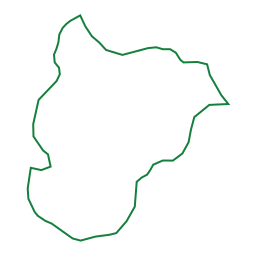 an SVG outline of Bilecik
{"feature_id": "TUR-2263", "entity_name": "Bilecik", "entity_type": "Province", "adm_level": 1, "iso_a3": "TUR", "parent_name": "Turkey", "parent_adm1": "", "projection": "orthographic", "projection_center": [30.109, 40.071], "detail": "fine", "context": "isolated", "style": "outline", "palette": "green", "viewbox_px": 256, "rotation_deg": 0, "n_neighbors": 0, "source": "natural_earth", "source_scale": "10m", "svg_char_len": 821}
<svg xmlns="http://www.w3.org/2000/svg" viewBox="0 0 256 256"><path d="M207.1,64.3L209.8,75.0L221.3,95.2L228.3,104.0L209.3,104.9L194.3,117.1L191.0,129.5L188.6,142.2L182.4,153.5L172.9,160.6L162.8,160.5L153.2,164.7L150.4,169.8L147.2,174.6L141.6,177.6L136.7,181.8L134.8,206.6L126.7,221.0L116.3,233.1L109.3,234.8L95.4,236.6L80.6,240.6L72.5,238.4L51.7,223.6L45.2,220.8L37.8,215.8L34.7,212.0L28.4,198.8L27.7,188.5L30.8,167.8L41.3,170.1L50.6,166.6L48.0,154.4L43.1,150.5L33.5,136.5L33.2,124.2L38.6,99.9L56.6,81.0L59.8,74.3L59.0,67.7L54.7,62.4L54.0,54.6L56.4,48.9L58.4,42.4L59.3,34.5L62.7,27.9L66.3,24.0L70.4,20.8L80.2,15.4L85.3,26.3L91.9,36.3L99.2,42.5L106.1,50.0L122.4,54.9L148.1,48.1L156.1,47.3L162.9,49.2L170.1,49.2L175.9,52.8L180.3,59.8L183.5,62.4L197.4,62.0L207.1,64.3Z" fill="none" stroke="#15803d" stroke-width="2"/></svg>